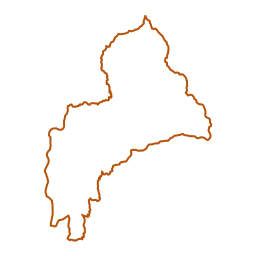 outline of Sopetrán, Antioquia, Colombia
{"feature_id": "7082276B56880997527404", "entity_name": "Sopetrán", "entity_type": "district", "adm_level": 2, "iso_a3": "COL", "parent_name": "Colombia", "parent_adm1": "Antioquia", "projection": "orthographic", "projection_center": [-75.752, 6.515], "detail": "fine", "context": "isolated", "style": "outline", "palette": "amber", "viewbox_px": 256, "rotation_deg": 0, "n_neighbors": 0, "source": "geoboundaries", "source_scale": "gbopen_adm2", "svg_char_len": 5764}
<svg xmlns="http://www.w3.org/2000/svg" viewBox="0 0 256 256"><path d="M207.6,140.0L208.0,140.0L209.9,138.0L210.6,136.3L210.3,134.1L208.9,131.5L208.5,130.1L209.0,128.6L209.2,127.1L209.4,126.8L210.4,126.4L210.9,126.0L211.2,124.4L210.1,122.6L209.9,121.7L210.1,120.2L209.6,119.1L208.8,118.3L207.3,117.7L206.0,116.9L205.4,116.1L205.3,115.3L205.5,112.4L205.3,110.7L204.9,109.2L203.4,105.5L202.2,104.5L199.3,104.2L197.8,103.4L196.4,102.0L196.3,100.4L195.7,99.7L194.1,98.5L193.7,96.9L192.4,95.4L191.8,95.0L190.1,94.7L188.7,95.3L187.7,95.3L187.1,94.2L185.9,92.9L185.8,92.6L186.8,91.4L186.9,90.8L186.8,88.9L186.5,88.1L186.6,86.9L187.1,86.2L187.2,85.7L187.0,84.3L187.0,81.1L186.4,79.8L186.1,78.2L184.1,75.5L182.6,74.4L181.7,74.2L180.4,74.6L179.4,74.3L179.1,74.1L178.9,73.2L178.1,72.7L176.9,72.5L175.6,72.9L174.3,72.4L172.8,71.1L170.5,69.7L170.0,69.2L168.4,66.5L167.4,65.9L167.1,65.2L166.9,64.3L167.1,63.4L166.8,62.5L165.4,62.1L165.0,60.9L165.3,59.3L165.7,58.1L166.0,57.8L167.1,57.6L167.2,55.1L168.0,53.1L168.1,51.4L168.5,50.7L168.4,46.6L166.9,44.3L166.6,42.0L165.1,40.8L163.8,38.7L162.7,36.3L158.5,32.3L156.2,29.1L155.7,28.7L155.2,28.6L154.6,29.0L153.5,28.9L151.9,28.4L151.7,27.2L151.0,25.7L150.9,24.7L149.9,22.7L149.7,21.1L149.5,20.8L147.4,19.8L146.1,17.8L145.2,15.4L145.1,16.9L144.7,17.8L144.1,20.3L143.5,21.4L143.9,23.4L142.1,25.3L141.7,25.9L141.0,26.2L139.9,26.9L138.9,28.4L136.9,29.4L135.5,29.6L133.9,30.5L131.9,31.2L130.7,31.3L129.7,30.8L129.1,30.8L128.1,32.4L125.4,33.5L120.3,34.3L118.4,34.0L116.9,36.1L114.9,37.6L114.5,38.6L114.5,39.4L113.9,40.0L113.3,41.5L111.0,42.4L109.9,45.2L110.0,45.8L109.5,46.6L109.2,46.8L108.4,46.8L106.7,46.1L106.3,46.1L106.1,46.6L106.5,47.5L105.6,49.5L104.9,50.3L104.1,50.5L103.1,51.5L103.0,54.3L101.7,56.1L101.5,57.2L100.9,57.9L101.0,58.2L101.8,58.8L101.8,59.2L101.3,60.0L101.8,61.0L101.1,62.3L101.8,63.6L101.9,64.6L101.6,65.8L102.0,66.7L101.3,68.0L101.3,68.6L102.0,70.4L103.6,70.9L103.9,71.7L104.4,72.0L104.7,72.6L106.7,73.7L106.6,74.5L107.1,75.2L107.4,76.4L106.9,76.9L106.9,77.7L107.5,78.6L107.7,79.8L107.6,80.1L107.2,80.2L106.7,80.7L106.5,82.8L107.1,83.3L107.0,84.0L107.6,83.9L108.8,84.9L108.9,85.9L109.6,87.2L109.4,90.2L110.2,90.8L110.3,91.2L109.7,91.9L110.3,92.0L110.1,92.5L110.1,92.9L111.2,93.5L110.9,94.3L111.4,94.9L111.2,95.5L111.5,96.9L111.3,97.4L110.9,97.6L110.2,97.0L109.7,97.2L109.1,97.1L108.9,97.5L109.0,99.1L108.7,100.0L108.2,100.3L105.4,100.1L105.1,100.6L104.5,100.9L103.0,100.7L102.2,101.8L100.2,102.2L99.4,102.9L98.4,103.4L98.1,103.7L98.1,104.4L97.9,104.5L96.8,103.4L96.0,103.6L93.8,103.1L91.1,103.4L90.4,103.8L89.9,104.6L89.1,104.7L88.2,104.4L86.3,102.5L85.5,102.2L83.8,102.5L82.6,104.3L82.1,104.6L80.1,104.3L79.9,104.5L79.7,105.3L79.2,105.2L78.7,105.4L78.2,106.2L77.4,106.0L75.1,106.9L74.1,106.6L72.9,106.7L71.6,104.6L70.9,104.5L70.4,104.7L69.1,105.8L67.8,106.2L67.7,107.7L67.8,110.9L66.8,113.9L66.0,114.7L65.1,116.0L64.6,119.2L64.0,120.8L64.1,126.4L63.4,128.2L61.8,129.6L60.4,129.8L58.8,129.6L56.3,128.3L54.9,128.3L52.7,128.6L50.8,129.8L49.5,131.7L48.9,134.5L49.0,135.4L50.3,137.2L50.5,137.7L50.4,143.7L50.7,144.9L50.6,146.3L50.2,147.7L50.2,149.2L48.1,151.5L46.9,153.6L47.1,156.2L48.5,159.0L48.7,161.0L48.4,163.0L45.0,169.8L44.8,170.6L45.0,171.7L46.2,174.3L46.6,176.0L47.3,177.7L48.1,181.5L48.0,182.4L47.1,184.7L45.6,190.1L45.6,192.4L46.8,196.4L49.0,197.6L52.0,200.7L52.1,202.5L52.5,204.1L52.7,213.5L52.5,215.3L50.8,223.6L50.8,225.6L52.2,225.7L54.3,226.5L55.9,226.0L56.7,224.7L57.5,222.5L58.3,221.2L59.3,220.1L62.3,219.6L64.6,218.3L65.7,217.3L68.4,215.7L69.4,218.2L69.2,220.6L68.6,223.5L68.4,225.6L68.7,227.5L69.7,228.9L69.3,230.8L69.3,231.5L70.1,234.1L68.1,237.0L67.6,238.7L68.8,239.3L69.5,240.2L70.9,239.6L72.4,239.9L73.9,240.5L74.8,240.3L75.1,240.6L75.4,240.4L76.6,240.4L77.6,239.4L78.9,239.0L81.2,238.8L82.2,239.2L82.4,238.5L81.9,237.7L81.9,237.4L82.1,237.3L82.6,237.5L83.6,237.2L83.4,236.5L84.0,235.5L83.5,234.8L83.5,233.5L83.7,233.2L84.4,233.3L84.8,232.7L84.8,232.3L84.8,228.2L83.5,225.4L84.6,222.2L84.7,219.5L84.4,218.4L82.7,215.3L86.6,216.6L87.8,216.8L87.7,214.7L88.5,215.0L88.0,214.2L88.7,214.6L89.4,213.7L89.8,212.9L89.1,211.5L90.3,210.6L90.3,209.4L89.8,208.6L89.5,207.5L89.8,206.8L89.4,203.7L89.1,203.3L89.2,202.0L88.8,200.2L90.3,198.5L91.0,199.1L91.5,199.9L92.1,200.1L96.0,200.0L96.3,200.1L97.3,201.1L97.6,201.1L98.7,200.4L99.3,200.3L99.9,198.9L100.0,198.3L99.7,197.5L99.3,197.2L99.5,196.8L99.5,194.9L99.0,193.7L98.3,190.0L97.9,189.4L97.7,188.2L98.2,186.4L97.9,185.2L98.0,184.7L97.7,184.1L97.9,183.3L97.8,181.0L98.2,180.9L98.7,180.0L98.9,179.0L99.5,179.1L99.1,177.8L99.4,177.7L99.9,177.9L100.1,176.4L101.0,176.5L101.5,175.7L101.8,174.9L101.7,174.5L102.1,173.4L102.1,171.9L102.6,172.2L103.2,173.8L103.6,174.3L104.4,174.5L105.1,174.3L106.0,173.4L106.4,173.4L107.1,173.5L108.0,174.4L108.7,174.7L109.2,173.8L110.0,173.4L110.4,171.7L110.8,171.4L111.7,171.4L112.3,171.0L112.4,170.5L112.0,168.5L112.9,167.6L113.0,166.1L113.4,165.6L114.3,165.5L116.0,164.7L117.0,164.9L117.8,164.6L119.2,164.6L119.7,164.1L119.9,163.1L121.6,162.0L122.7,162.2L123.7,161.6L125.7,161.6L127.0,160.4L128.1,158.4L130.7,155.7L131.3,154.7L131.3,153.4L131.1,152.4L131.2,151.8L130.9,150.9L131.4,150.2L133.4,149.6L134.2,150.1L135.8,149.8L137.3,150.5L139.3,150.8L141.4,150.4L142.0,150.7L142.9,150.4L143.7,150.4L144.7,149.5L146.0,148.9L147.9,145.6L149.5,144.4L151.9,144.4L155.2,143.4L157.1,143.4L157.6,143.2L158.3,143.4L159.9,141.7L161.1,141.2L163.2,141.3L165.1,140.6L166.3,140.9L167.0,140.9L167.3,140.6L168.2,140.7L169.8,139.1L170.5,138.0L172.5,137.5L173.7,136.3L175.1,135.6L177.1,135.5L178.5,135.0L180.3,134.8L182.2,134.0L183.0,134.1L184.2,135.0L184.9,135.2L188.0,135.6L189.6,136.1L194.7,136.3L196.6,137.8L197.5,138.2L198.1,138.2L200.9,137.3L203.4,137.5L204.3,137.9L206.4,139.5L207.6,140.0Z" fill="none" stroke="#b45309" stroke-width="2"/></svg>